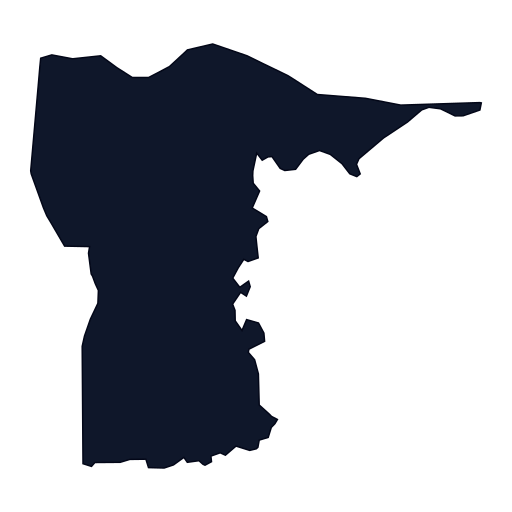 outline of Dorado, Puerto Rico
{"feature_id": "32010507B14965508281660", "entity_name": "Dorado", "entity_type": "district", "adm_level": 2, "iso_a3": "PRI", "parent_name": "Puerto Rico", "parent_adm1": "", "projection": "robinson", "projection_center": [-66.267, 18.432], "detail": "fine", "context": "isolated", "style": "filled", "palette": "ink", "viewbox_px": 512, "rotation_deg": 0, "n_neighbors": 0, "source": "geoboundaries", "source_scale": "gbopen_adm2", "svg_char_len": 1754}
<svg xmlns="http://www.w3.org/2000/svg" viewBox="0 0 512 512"><path d="M277.4,419.5L271.5,416.4L269.6,414.4L259.2,405.0L258.4,373.9L254.6,359.7L248.3,352.4L248.9,349.2L264.6,341.3L263.9,333.1L258.5,323.0L246.6,319.6L242.0,330.5L235.2,320.8L235.0,310.3L232.6,304.1L240.6,292.3L246.4,296.1L250.2,286.7L248.6,281.1L239.8,287.3L232.7,278.1L238.3,267.7L243.8,259.3L248.0,261.5L258.2,257.9L256.8,245.3L255.9,236.5L258.8,228.6L267.8,221.5L266.4,216.6L252.2,208.0L259.6,191.0L253.2,183.2L252.7,175.6L252.9,170.9L256.7,153.0L262.2,160.2L268.0,156.9L272.0,156.6L280.2,168.4L284.8,170.5L295.6,169.3L303.2,159.2L308.7,154.3L319.5,150.5L330.3,154.4L342.0,163.7L349.8,173.8L356.8,176.6L360.2,173.9L356.5,164.3L359.0,158.7L383.6,137.9L407.4,122.1L421.7,109.9L428.9,107.3L440.5,108.8L455.0,115.9L463.1,115.8L479.9,110.0L481.3,102.9L479.9,102.6L400.7,105.1L365.5,98.3L317.3,94.5L291.2,77.7L287.8,75.6L271.5,67.7L265.3,64.7L263.8,64.0L256.5,60.4L247.1,55.8L221.2,46.9L212.7,44.0L187.4,49.9L184.8,52.4L178.4,58.3L177.9,58.8L169.3,66.7L168.4,67.1L157.7,72.8L154.2,74.6L148.6,77.5L136.5,77.5L132.3,77.5L116.9,67.7L109.3,62.1L100.7,55.8L98.8,56.0L72.6,58.8L51.8,54.9L40.7,58.2L39.8,67.3L38.2,85.9L30.7,170.8L31.2,173.8L37.9,192.4L43.4,207.7L46.8,215.8L50.9,222.6L64.6,246.1L89.6,246.6L88.5,253.2L91.2,274.0L92.5,276.1L95.3,283.7L98.4,290.4L97.9,303.3L90.4,319.1L84.5,336.0L82.2,346.3L82.2,347.6L83.0,463.7L91.5,466.4L94.9,462.5L120.2,462.3L129.8,459.4L145.9,459.2L148.5,467.6L164.2,468.0L173.5,464.9L183.9,457.4L187.3,462.3L199.0,460.7L203.0,464.3L205.0,465.2L211.5,461.7L210.9,456.1L220.2,452.8L225.4,455.2L236.0,446.1L249.7,450.4L256.3,448.8L257.9,447.3L259.2,440.1L268.2,437.4L271.3,427.4L274.9,423.7L277.4,419.5Z" fill="#0f172a" stroke="#020617" stroke-width="1.5"/></svg>